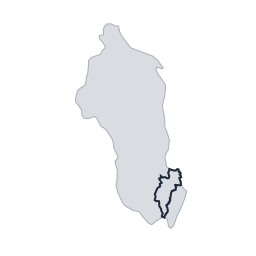 Shkodër, Shkodër, Albania (highlighted), rotated 170°
{"feature_id": "67620474B15717375113052", "entity_name": "Shkodër", "entity_type": "district", "adm_level": 2, "iso_a3": "ALB", "parent_name": "Albania", "parent_adm1": "Shkodër", "projection": "albers", "projection_center": [19.63, 42.154], "detail": "fine", "context": "in_parent", "style": "outline", "palette": "slate", "viewbox_px": 256, "rotation_deg": 170, "n_neighbors": 0, "source": "geoboundaries", "source_scale": "gbopen_adm2", "svg_char_len": 2820}
<svg xmlns="http://www.w3.org/2000/svg" viewBox="0 0 256 256"><g transform="rotate(170 128 128)"><path d="M84.3,77.1L84.5,73.6L85.3,68.0L84.8,66.1L85.3,62.9L83.7,58.7L81.1,55.6L83.7,50.1L87.4,43.6L90.8,38.4L95.0,33.0L97.8,27.7L100.7,23.3L103.3,21.9L104.6,22.8L105.2,24.8L105.1,30.6L106.0,32.6L107.7,34.1L111.5,33.3L115.6,31.9L121.2,28.8L122.1,29.0L124.2,30.6L128.6,37.5L131.5,43.7L137.1,45.8L140.3,48.2L144.4,51.8L146.4,55.4L149.3,66.6L149.7,73.4L148.9,76.5L148.2,77.3L145.8,88.4L146.5,94.1L146.5,97.8L144.3,99.2L142.9,101.6L145.4,110.8L145.1,114.7L145.3,119.2L149.6,129.4L152.1,132.6L154.3,134.1L157.3,143.5L159.0,145.1L165.9,144.1L169.4,145.1L170.7,147.3L171.1,148.8L170.7,154.1L172.5,158.2L174.9,162.4L174.9,164.9L173.4,169.1L170.7,174.1L167.0,176.0L163.0,177.6L161.1,181.5L160.1,185.5L158.3,188.5L157.3,191.8L155.6,198.6L155.2,201.0L152.5,203.5L148.2,204.5L144.3,204.8L141.7,206.0L140.4,208.3L138.0,210.1L136.5,211.0L136.5,213.0L138.4,217.2L140.4,220.7L140.5,223.5L139.5,224.2L136.3,223.9L135.7,225.0L135.4,228.0L134.5,230.7L133.2,232.3L131.0,234.1L126.8,233.6L122.9,230.9L120.9,230.1L119.7,230.2L119.4,223.7L117.7,218.7L111.5,206.6L91.6,194.8L86.9,189.5L84.9,185.0L82.8,180.8L84.8,180.7L86.7,181.7L89.2,183.0L90.2,180.9L89.2,176.3L84.1,165.5L83.7,162.6L86.2,153.6L90.4,143.5L90.2,131.2L91.5,122.0L90.1,116.0L89.4,108.6L92.4,98.9L95.0,96.4L96.6,93.3L96.7,82.9L90.9,78.0L84.3,77.1Z" fill="#d9dde1" stroke="#a8b0b8" stroke-width="1"/><path d="M91.8,58.9L91.6,59.4L91.5,60.2L90.8,61.4L91.3,61.9L91.4,63.7L90.7,63.7L88.0,62.8L86.9,62.6L85.9,62.6L85.5,63.8L85.7,65.0L85.5,66.1L85.8,67.2L86.0,68.2L85.9,69.0L86.2,69.8L85.2,70.3L84.2,70.3L84.4,72.2L85.2,73.1L84.1,73.9L84.1,75.1L84.8,75.3L85.7,76.0L85.4,77.4L85.5,78.5L86.3,78.9L87.3,78.7L88.3,77.9L90.5,78.3L91.7,78.9L94.5,80.4L94.6,80.0L94.8,78.8L96.2,77.1L96.1,75.9L95.8,73.2L96.6,71.6L98.0,71.6L100.2,73.3L102.1,73.1L103.3,74.3L104.0,75.1L104.3,73.1L106.1,72.8L105.9,71.9L105.3,70.5L104.4,68.1L106.4,67.4L106.6,64.8L109.2,63.9L111.2,61.2L111.8,59.9L113.1,58.4L112.7,56.6L112.9,55.4L114.2,52.3L112.9,51.0L111.8,51.0L110.2,50.5L110.2,48.7L110.6,47.4L110.7,45.3L109.5,42.8L109.6,40.9L108.6,37.7L108.8,37.4L109.1,37.0L109.3,36.7L109.6,36.3L109.8,35.9L110.0,34.9L107.7,33.4L107.6,33.7L107.2,35.0L106.3,35.6L106.1,36.2L105.8,36.9L105.4,36.9L105.1,37.0L104.6,37.5L104.4,38.0L104.2,38.0L103.7,38.5L103.2,39.1L103.1,39.8L103.2,40.3L103.2,40.7L103.0,42.2L103.2,43.0L103.5,43.6L103.6,44.2L103.7,45.3L103.0,45.6L103.0,45.1L102.3,45.8L102.2,46.1L101.5,46.8L101.7,46.0L101.2,46.6L101.1,47.1L100.5,47.1L100.3,47.8L100.5,48.2L99.9,48.6L99.8,48.3L99.4,48.8L99.3,49.1L99.2,49.9L98.9,49.9L98.8,50.7L98.8,50.8L99.0,51.7L98.4,51.9L98.3,52.5L98.0,53.2L97.6,54.0L97.4,54.8L97.0,56.1L96.3,57.4L95.8,58.4L93.8,58.4L93.6,58.9L91.8,58.9Z" fill="none" stroke="#1e293b" stroke-width="2"/></g></svg>